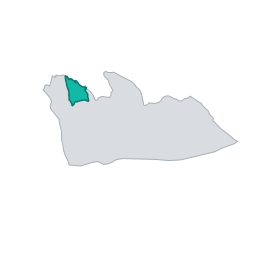 location of Zorzor, Lofa, Liberia, rotated 311°
{"feature_id": "62588387B39118473724395", "entity_name": "Zorzor", "entity_type": "district", "adm_level": 2, "iso_a3": "LBR", "parent_name": "Liberia", "parent_adm1": "Lofa", "projection": "equal_earth", "projection_center": [-9.601, 7.921], "detail": "fine", "context": "in_parent", "style": "filled", "palette": "teal", "viewbox_px": 256, "rotation_deg": 311, "n_neighbors": 0, "source": "geoboundaries", "source_scale": "gbopen_adm2", "svg_char_len": 4044}
<svg xmlns="http://www.w3.org/2000/svg" viewBox="0 0 256 256"><g transform="rotate(311 128 128)"><path d="M61.4,107.7L63.1,105.8L65.7,99.5L69.2,93.5L72.5,89.9L75.1,86.3L77.9,83.5L81.8,80.2L87.9,71.5L89.3,70.5L90.3,64.6L91.8,57.0L93.6,54.6L97.7,53.2L98.6,51.9L100.1,46.5L101.0,40.3L101.1,38.9L102.7,38.8L105.5,37.4L107.1,38.0L107.8,39.8L108.2,41.3L116.6,37.4L117.3,36.6L117.8,36.8L118.8,40.3L119.4,40.1L119.9,39.0L120.5,39.0L121.2,39.4L121.8,41.1L122.9,42.5L124.7,43.6L125.9,45.0L125.7,48.7L126.2,52.4L127.0,53.2L127.4,55.4L127.6,57.8L128.0,59.0L128.3,61.5L128.2,64.0L128.5,65.9L129.9,69.0L130.7,73.0L130.7,75.8L130.2,78.7L129.3,81.4L127.8,84.4L127.6,85.5L128.6,86.3L130.0,86.4L131.1,85.8L134.1,87.2L135.7,89.1L137.1,91.5L138.3,92.7L138.8,94.2L141.0,93.8L143.4,92.4L143.9,91.7L144.6,92.0L146.2,92.2L147.3,89.6L148.2,86.6L150.1,83.3L151.1,82.0L151.3,80.0L151.4,77.3L152.1,74.9L153.7,73.6L155.4,73.7L156.3,74.1L156.7,76.4L158.1,78.1L159.3,79.3L159.9,79.8L160.9,81.1L161.8,85.7L165.4,100.4L165.3,104.5L164.5,107.1L164.5,109.7L164.3,112.3L162.1,116.5L155.5,125.1L156.0,125.9L157.6,126.9L159.2,127.4L160.5,127.1L162.1,129.3L163.9,132.0L165.8,133.4L168.5,134.6L170.8,134.8L172.8,134.3L175.7,134.8L178.7,137.1L179.8,140.8L180.5,144.0L181.6,145.6L181.7,148.4L183.8,150.8L186.9,151.3L190.9,154.2L191.9,154.1L192.3,153.7L192.8,154.2L193.8,162.5L194.6,166.9L194.2,168.7L193.6,170.1L193.6,176.8L191.8,180.7L191.5,184.9L191.0,186.3L189.1,187.5L189.1,190.7L188.6,194.6L188.4,198.8L189.0,209.7L189.1,217.8L189.9,219.4L186.2,218.7L175.2,212.5L166.7,208.9L138.4,188.6L130.5,180.5L121.5,168.3L101.3,143.9L96.7,140.0L90.9,138.1L87.3,136.0L84.8,133.8L82.7,127.0L77.7,123.0L68.4,117.3L61.4,107.7Z" fill="#d9dde1" stroke="#a8b0b8" stroke-width="1"/><path d="M122.0,80.4L122.3,80.5L122.7,80.3L123.2,80.1L123.3,79.6L123.5,79.4L123.9,79.1L124.4,78.3L124.6,78.0L124.8,77.7L124.9,77.4L125.1,77.0L125.2,76.9L125.8,76.6L126.2,76.3L126.4,76.1L126.6,75.8L126.8,75.7L127.3,74.7L127.5,74.1L127.6,73.7L127.7,73.2L127.8,72.6L127.9,72.1L128.0,71.9L128.1,71.5L128.2,71.3L128.3,71.1L128.4,70.9L128.5,70.6L128.7,70.3L128.8,70.2L129.1,70.6L129.5,70.9L129.9,70.6L130.2,70.2L130.4,70.3L130.6,70.4L131.1,70.4L131.2,70.2L131.1,69.7L130.9,69.8L131.0,69.3L130.9,68.9L130.8,68.7L130.6,68.5L130.7,68.4L130.4,68.4L130.2,68.5L130.0,68.3L130.0,68.1L129.9,67.9L129.9,67.7L129.6,67.3L129.4,67.1L129.4,66.8L128.9,65.8L128.9,65.1L128.7,64.8L128.7,64.5L128.7,64.3L128.7,64.2L128.8,63.9L128.8,63.5L128.6,63.1L128.6,62.4L128.8,61.7L129.1,61.3L129.3,61.2L129.3,60.8L129.1,60.1L129.1,59.8L129.4,59.4L129.6,59.2L129.7,58.8L129.5,58.5L129.5,58.4L129.5,58.2L129.6,57.9L129.4,57.4L128.7,57.3L128.5,57.5L128.3,57.6L127.9,58.2L127.8,57.7L128.0,57.4L128.3,56.5L128.1,56.1L128.2,55.8L127.9,55.5L127.9,55.2L128.0,54.7L128.0,54.3L127.8,54.3L127.7,54.2L127.7,53.6L127.8,53.0L127.7,52.5L127.7,52.4L127.1,52.1L126.9,52.3L126.5,52.0L126.4,52.0L126.2,52.1L126.0,51.8L126.0,51.5L126.2,51.1L126.3,50.9L126.2,50.8L126.4,50.6L126.4,50.3L126.2,50.2L126.3,50.0L126.4,49.8L126.5,49.6L126.3,49.6L126.2,49.5L126.2,49.4L126.3,49.2L126.4,48.9L126.5,48.6L126.9,48.3L126.7,47.9L126.4,47.8L126.4,47.2L126.4,46.7L126.1,46.7L125.1,47.5L124.1,48.5L123.6,49.1L123.2,49.6L122.8,50.1L122.4,50.8L121.2,52.5L120.7,52.9L120.6,53.0L120.3,53.6L120.0,54.0L119.8,54.2L119.4,54.7L119.3,54.8L119.0,55.3L118.7,55.9L118.2,56.8L117.7,57.7L116.8,59.3L116.1,60.1L116.0,60.3L115.9,60.4L114.9,61.1L114.3,61.4L113.7,62.1L112.9,63.1L110.6,65.1L110.5,66.6L110.1,67.7L109.6,69.2L109.0,70.3L108.4,70.7L108.5,71.1L108.5,71.4L108.5,71.5L108.8,71.5L108.8,71.3L108.8,71.1L109.0,71.1L109.4,71.1L109.4,71.3L109.5,71.3L109.5,71.6L110.0,71.7L110.4,71.7L110.5,71.7L111.0,71.4L111.5,71.2L111.8,71.0L112.3,71.0L112.7,71.1L112.9,71.1L113.4,71.4L114.4,72.4L114.5,72.5L115.4,72.8L115.6,72.9L116.0,73.2L117.1,74.0L117.5,74.3L117.8,74.6L118.2,74.7L118.5,75.0L118.8,75.2L119.3,75.7L119.8,76.0L120.3,76.5L120.6,76.9L120.9,77.4L121.1,77.7L121.2,77.9L121.4,78.5L121.4,78.8L121.5,79.2L121.9,80.1L122.0,80.3L122.0,80.4Z" fill="#14b8a6" stroke="#0f766e" stroke-width="1.5"/></g></svg>